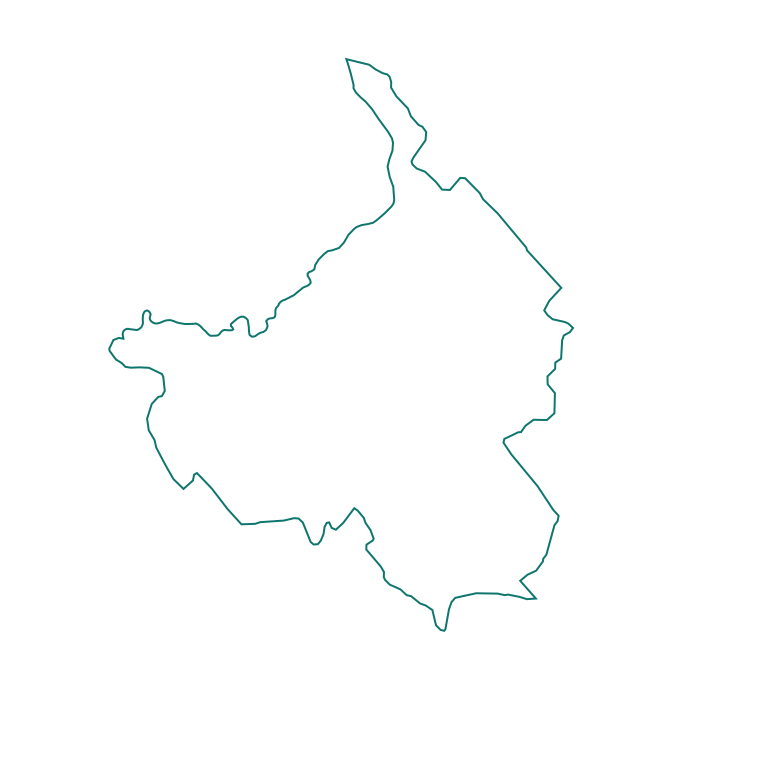 Santa Catarina Mita, Jutiapa, Guatemala, rotated 316°
{"feature_id": "79465075B98787750844284", "entity_name": "Santa Catarina Mita", "entity_type": "district", "adm_level": 2, "iso_a3": "GTM", "parent_name": "Guatemala", "parent_adm1": "Jutiapa", "projection": "equal_earth", "projection_center": [-89.779, 14.442], "detail": "fine", "context": "isolated", "style": "outline", "palette": "teal", "viewbox_px": 768, "rotation_deg": 316, "n_neighbors": 0, "source": "geoboundaries", "source_scale": "gbopen_adm2", "svg_char_len": 4018}
<svg xmlns="http://www.w3.org/2000/svg" viewBox="0 0 768 768"><g transform="rotate(316 384 384)"><path d="M582.6,124.2L581.0,127.6L575.8,137.5L569.9,147.7L567.5,150.1L566.3,154.9L566.3,161.0L566.9,168.4L566.3,178.1L564.2,189.7L562.1,205.5L560.3,213.0L558.0,216.8L552.2,222.0L543.9,226.1L537.6,230.1L532.0,238.9L527.7,248.5L519.2,258.7L516.3,260.7L512.8,261.5L503.1,261.7L492.4,261.1L488.1,260.4L483.6,257.8L478.2,254.1L473.3,252.0L469.2,251.7L462.1,252.0L453.5,254.4L446.2,254.9L439.7,251.9L435.9,249.4L431.2,248.9L423.8,249.0L417.5,250.5L413.5,253.1L409.9,252.5L408.3,251.5L405.8,251.5L404.3,253.0L403.5,256.4L403.0,258.2L401.5,260.3L399.7,260.5L398.0,260.4L395.9,259.7L393.5,258.7L392.4,258.4L388.1,258.1L385.5,257.8L380.6,257.5L379.2,257.0L377.8,256.5L376.2,256.1L374.5,255.6L373.3,255.2L371.5,254.7L369.3,253.6L368.2,253.4L366.8,253.1L365.4,253.2L364.3,253.3L362.3,254.2L359.1,254.4L357.8,255.1L356.7,255.9L355.4,257.2L353.9,258.8L352.3,259.8L350.8,259.8L349.4,259.1L348.3,258.2L346.9,257.2L345.3,256.7L343.0,256.9L342.1,258.8L340.9,260.9L339.8,261.9L336.7,263.2L333.4,262.8L331.3,261.6L329.4,260.9L327.4,260.5L325.9,260.3L324.6,260.1L323.4,259.5L321.8,258.1L321.4,255.4L322.8,253.2L323.9,251.8L326.1,249.4L330.4,243.4L330.5,241.1L330.0,238.6L329.2,237.4L327.7,236.2L325.9,235.5L323.8,235.1L321.9,234.9L316.8,234.6L315.3,234.7L314.1,236.0L314.2,238.1L313.5,240.0L311.9,239.6L310.7,238.6L308.7,236.5L306.9,234.4L305.3,233.5L303.7,233.4L302.5,233.4L300.6,233.8L298.7,233.7L297.2,232.9L295.2,231.1L292.8,228.9L292.3,227.4L292.1,224.9L292.3,222.0L292.0,219.3L292.1,216.8L292.1,215.2L291.8,212.3L290.8,210.0L288.7,208.3L285.9,205.8L282.6,202.7L278.9,197.7L277.8,195.9L277.2,194.5L276.5,192.9L275.1,190.2L274.1,189.1L273.0,188.1L271.7,187.1L270.2,186.3L267.9,185.3L265.5,184.4L263.8,183.5L262.5,182.6L261.5,181.6L260.4,179.3L260.1,176.6L260.5,175.0L261.5,173.6L264.5,171.8L265.3,169.8L265.2,167.6L264.4,166.3L262.8,165.7L261.6,165.7L259.5,166.4L257.8,167.6L255.1,170.2L253.4,172.2L252.5,173.1L250.8,173.9L249.0,174.6L247.6,174.5L244.8,174.1L243.4,173.2L242.2,171.6L241.1,170.3L240.0,168.9L239.0,167.6L238.2,166.5L237.2,165.6L234.9,164.9L233.2,165.0L231.6,165.8L230.3,167.0L228.0,170.4L225.3,166.7L219.9,164.4L210.8,167.8L209.6,169.7L208.2,180.1L209.9,187.0L209.9,192.0L213.1,196.3L219.8,202.3L226.2,209.1L231.2,222.7L230.2,225.5L221.5,236.7L215.9,238.4L212.6,236.5L203.1,237.0L189.5,244.4L182.6,253.9L180.0,264.9L176.0,271.6L171.8,285.8L169.7,293.4L166.5,306.1L166.9,320.2L179.5,320.7L184.5,317.3L187.6,318.1L187.5,339.6L184.6,365.1L184.0,385.9L194.3,395.2L199.0,397.4L217.0,412.6L226.2,418.1L229.1,421.5L229.4,427.2L221.5,446.7L221.9,450.6L225.2,453.3L229.6,452.8L236.2,450.0L241.9,445.6L246.3,444.1L248.4,445.5L246.4,451.2L248.2,455.4L258.3,455.6L276.3,452.7L277.1,456.7L276.5,466.3L274.2,471.1L272.8,479.7L269.1,488.1L267.3,488.8L259.8,487.4L256.3,490.7L254.9,513.0L253.4,519.2L249.7,522.8L248.7,525.6L248.8,532.4L253.2,543.3L253.6,551.6L256.1,555.4L257.5,566.9L260.1,572.2L261.8,580.2L253.8,593.7L253.9,600.2L255.9,603.4L257.8,603.1L274.1,591.3L281.0,587.8L286.7,587.3L305.0,598.6L320.2,613.8L324.2,619.8L326.9,621.6L333.3,630.8L337.4,638.1L344.2,643.8L345.3,620.2L354.8,620.9L363.8,624.0L375.1,622.0L377.2,620.3L382.2,619.6L408.5,604.0L413.6,603.2L418.1,600.1L418.3,592.1L423.5,564.2L426.7,522.9L429.2,509.2L432.4,507.1L447.1,512.0L449.2,513.8L456.7,512.3L466.7,513.6L476.2,523.1L486.3,523.4L500.6,509.3L501.5,497.9L506.9,492.1L517.6,492.0L522.1,487.6L529.0,488.8L542.4,476.4L547.0,474.0L553.7,475.8L558.9,475.0L558.6,468.6L557.2,465.1L550.3,454.6L549.5,448.1L550.4,442.3L560.6,439.0L578.3,438.0L579.7,387.3L581.1,384.6L584.3,339.9L583.6,319.9L585.5,313.1L585.3,292.3L582.0,288.7L566.2,290.2L560.8,284.5L561.7,274.7L561.0,259.8L557.2,251.7L557.0,245.8L558.3,243.1L562.6,241.5L583.2,237.5L589.4,232.1L590.3,225.6L588.8,221.7L589.3,210.1L592.6,202.4L592.7,185.8L595.0,175.7L599.0,171.7L601.5,166.8L601.4,163.5L599.0,159.6L596.5,152.0L595.1,144.0L582.6,124.2Z" fill="none" stroke="#0f766e" stroke-width="2"/></g></svg>